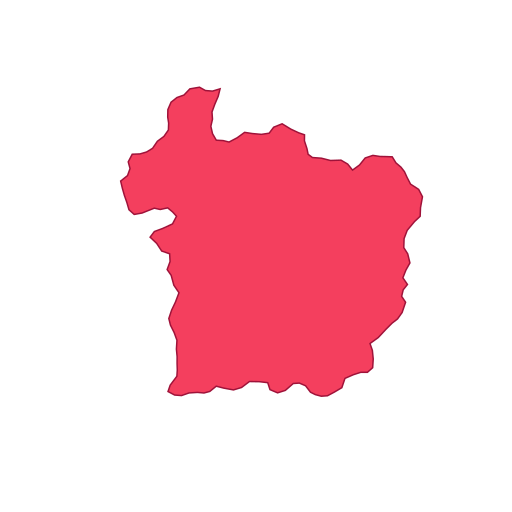 the district of Teixeiras, Minas Gerais, Brazil, rotated 217°
{"feature_id": "56859067B57599068633504", "entity_name": "Teixeiras", "entity_type": "district", "adm_level": 2, "iso_a3": "BRA", "parent_name": "Brazil", "parent_adm1": "Minas Gerais", "projection": "equal_earth", "projection_center": [-42.853, -20.627], "detail": "fine", "context": "isolated", "style": "filled", "palette": "rose", "viewbox_px": 512, "rotation_deg": 217, "n_neighbors": 0, "source": "geoboundaries", "source_scale": "gbopen_adm2", "svg_char_len": 2001}
<svg xmlns="http://www.w3.org/2000/svg" viewBox="0 0 512 512"><g transform="rotate(217 256 256)"><path d="M231.5,99.7L227.1,106.3L220.7,111.8L215.1,115.3L211.4,120.0L209.4,128.1L202.2,131.1L193.4,135.5L188.4,142.3L185.7,151.8L177.6,157.7L170.4,161.9L164.4,157.7L156.4,159.7L151.7,166.3L149.5,176.6L144.9,180.6L138.3,182.2L130.5,180.0L125.2,181.0L119.5,183.3L114.8,187.4L111.5,194.5L108.2,202.5L111.3,211.8L106.8,219.8L102.3,226.2L97.0,230.2L95.6,237.0L100.4,244.3L106.3,250.7L112.3,254.7L109.3,264.4L108.1,275.8L106.9,284.3L105.1,290.9L105.3,298.8L108.7,309.1L115.4,311.4L118.1,317.6L117.9,324.4L125.6,327.0L127.8,335.0L128.9,343.1L136.1,349.0L143.0,351.6L148.2,359.0L150.7,367.5L150.1,379.0L148.8,386.5L153.7,393.6L158.7,403.5L166.2,407.1L175.8,406.4L182.7,409.7L188.2,412.7L193.7,414.2L200.3,414.6L206.9,417.2L211.9,413.7L216.9,410.1L223.2,406.7L227.8,400.0L228.1,391.0L230.6,382.7L238.1,384.6L245.8,383.7L254.0,377.1L262.6,373.5L270.2,368.6L275.6,368.6L279.9,372.4L286.6,377.1L290.2,382.0L296.0,380.1L304.5,378.3L314.7,377.3L319.4,369.5L319.4,362.0L324.9,356.4L332.6,351.6L339.5,347.9L342.2,339.1L346.1,330.8L351.7,328.4L357.4,324.6L364.3,327.5L370.1,332.4L373.1,339.1L377.8,344.5L380.2,352.3L382.3,360.8L385.3,367.9L390.0,361.5L396.0,357.7L402.7,356.8L409.4,349.7L410.4,341.2L414.5,335.0L416.4,327.7L414.5,319.9L410.1,313.8L405.7,309.5L401.8,303.9L401.5,296.1L403.8,288.3L403.4,279.8L406.0,273.2L410.1,267.7L416.1,262.8L414.7,254.3L409.2,250.0L407.0,242.9L409.2,234.4L403.4,229.6L397.6,225.2L391.3,221.0L385.3,216.5L378.3,215.9L372.8,221.8L369.3,227.6L366.0,233.0L360.5,235.5L355.5,241.3L349.1,241.0L343.4,239.9L342.0,231.4L347.2,221.7L351.9,214.4L351.9,207.3L342.9,206.3L334.3,203.2L326.3,205.8L321.3,199.9L318.8,191.7L312.1,189.5L304.0,183.2L295.4,180.3L292.6,170.7L290.8,161.9L288.0,153.6L282.7,149.3L275.3,145.6L268.4,141.1L263.5,133.7L258.4,128.1L254.3,122.6L250.2,117.5L246.8,112.3L246.8,101.2L244.7,94.8L237.3,96.0L231.5,99.7Z" fill="#f43f5e" stroke="#9f1239" stroke-width="1.5"/></g></svg>